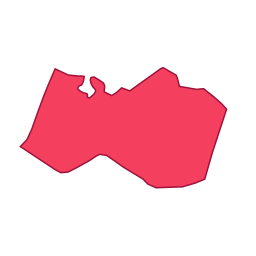 Wasat Al Gedaref, Gedarif, Sudan (Mercator projection), rotated 206°
{"feature_id": "16777658B33675422970031", "entity_name": "Wasat Al Gedaref", "entity_type": "district", "adm_level": 2, "iso_a3": "SDN", "parent_name": "Sudan", "parent_adm1": "Gedarif", "projection": "mercator", "projection_center": [35.181, 14.159], "detail": "fine", "context": "isolated", "style": "filled", "palette": "rose", "viewbox_px": 256, "rotation_deg": 206, "n_neighbors": 0, "source": "geoboundaries", "source_scale": "gbopen_adm2", "svg_char_len": 1380}
<svg xmlns="http://www.w3.org/2000/svg" viewBox="0 0 256 256"><g transform="rotate(206 128 128)"><path d="M36.6,115.7L38.5,126.2L39.5,132.1L41.4,142.9L47.2,184.8L47.7,188.1L54.6,190.9L64.4,193.6L72.7,195.4L77.2,196.5L83.3,192.8L100.1,187.9L100.4,188.6L101.3,189.5L105.8,194.8L108.0,196.6L122.9,197.6L124.6,195.7L131.2,183.4L139.2,168.6L142.0,163.4L142.7,162.1L147.3,161.7L151.3,161.3L153.7,155.2L156.7,150.1L165.0,150.0L165.7,151.1L167.4,155.7L169.9,157.7L174.5,158.4L176.5,158.6L180.9,159.0L182.6,157.8L183.5,156.8L183.2,155.8L182.9,154.6L182.5,154.1L181.3,152.4L179.7,151.0L177.9,149.7L175.1,148.6L173.7,147.8L173.3,146.8L173.3,144.1L174.4,141.2L175.3,139.0L176.3,138.0L177.3,137.8L178.1,138.0L178.5,138.9L178.8,139.8L179.5,140.6L180.2,140.8L182.2,140.4L183.9,140.1L185.6,140.1L187.5,140.3L190.0,141.1L190.6,141.8L190.8,143.0L190.5,144.0L189.8,144.8L189.4,145.6L189.0,145.7L188.7,146.1L188.5,146.7L188.5,147.9L188.5,149.4L188.6,150.2L188.8,151.4L189.1,152.3L189.9,155.1L192.8,154.3L194.7,153.2L205.0,149.4L219.4,149.2L218.6,132.1L217.8,120.5L215.9,101.4L214.0,85.1L213.7,73.3L214.0,72.3L215.0,69.3L215.8,66.7L216.4,64.8L216.6,64.1L174.7,58.6L168.7,58.4L162.5,62.2L157.0,69.5L151.9,76.8L148.5,81.6L144.2,89.0L141.9,91.9L135.4,94.0L125.4,92.5L115.1,90.8L92.3,88.7L85.5,86.3L76.6,86.6L53.3,99.0L43.3,108.1L36.6,115.7Z" fill="#f43f5e" stroke="#9f1239" stroke-width="1.5"/></g></svg>